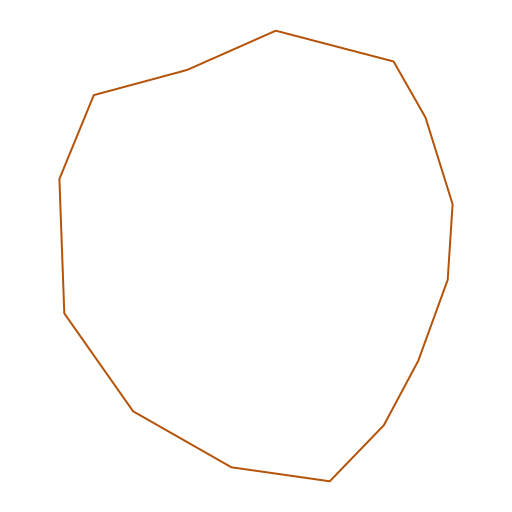 the district of Ariwara, Orientale, Democratic Republic of the Congo
{"feature_id": "63176286B55306571020797", "entity_name": "Ariwara", "entity_type": "district", "adm_level": 2, "iso_a3": "COD", "parent_name": "Democratic Republic of the Congo", "parent_adm1": "Orientale", "projection": "robinson", "projection_center": [30.708, 3.137], "detail": "fine", "context": "isolated", "style": "outline", "palette": "amber", "viewbox_px": 512, "rotation_deg": 0, "n_neighbors": 0, "source": "geoboundaries", "source_scale": "gbopen_adm2", "svg_char_len": 299}
<svg xmlns="http://www.w3.org/2000/svg" viewBox="0 0 512 512"><path d="M187.2,69.9L93.8,95.1L59.4,179.0L64.3,313.4L133.1,411.3L231.4,467.3L329.7,481.3L383.8,425.3L418.2,360.9L447.7,279.8L452.6,204.2L425.5,117.5L393.6,61.5L275.7,30.7L187.2,69.9Z" fill="none" stroke="#b45309" stroke-width="2"/></svg>